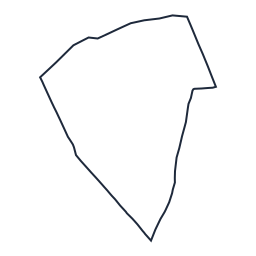 Santa Catarina Ticuá, Oaxaca, Mexico (orthographic projection)
{"feature_id": "50627088B91995558537329", "entity_name": "Santa Catarina Ticuá", "entity_type": "district", "adm_level": 2, "iso_a3": "MEX", "parent_name": "Mexico", "parent_adm1": "Oaxaca", "projection": "orthographic", "projection_center": [-97.534, 17.055], "detail": "fine", "context": "isolated", "style": "outline", "palette": "slate", "viewbox_px": 256, "rotation_deg": 0, "n_neighbors": 0, "source": "geoboundaries", "source_scale": "gbopen_adm2", "svg_char_len": 1129}
<svg xmlns="http://www.w3.org/2000/svg" viewBox="0 0 256 256"><path d="M215.9,86.8L212.0,77.0L207.9,66.5L205.4,60.4L205.1,59.7L202.9,54.3L198.5,44.3L193.0,30.9L190.5,24.9L187.0,16.7L172.5,15.4L159.4,18.5L144.2,20.3L134.1,22.5L130.8,23.2L123.1,26.7L116.8,29.6L110.0,32.8L97.7,38.5L88.6,37.5L82.7,40.5L73.4,45.3L56.5,62.0L48.6,69.4L40.1,77.3L42.3,81.7L43.7,84.9L47.4,93.0L50.2,99.1L51.3,101.5L52.0,103.0L53.4,105.9L53.7,106.6L56.5,112.2L58.6,116.7L60.0,119.6L64.2,128.7L67.9,136.8L69.5,139.2L71.5,142.3L72.9,144.5L74.0,147.4L76.0,155.1L80.8,160.9L83.5,163.9L91.1,172.4L96.7,178.5L101.6,184.0L104.3,187.1L107.0,190.1L110.1,193.8L112.1,196.1L115.1,199.3L120.1,205.5L125.8,211.7L126.9,213.3L132.4,218.7L137.4,224.3L142.6,230.9L144.1,232.6L145.2,234.1L150.3,239.8L151.0,240.6L155.4,229.5L160.5,218.9L164.6,212.0L165.6,210.0L169.2,202.2L172.1,193.2L172.8,189.6L174.9,182.5L174.8,178.1L175.0,171.2L176.6,157.5L179.3,148.1L181.0,140.8L182.0,136.4L184.8,126.2L185.9,122.1L187.9,107.8L188.5,103.9L190.9,98.0L192.5,90.6L193.4,89.2L194.4,88.8L201.4,88.5L207.9,88.0L212.7,87.7L215.9,86.8Z" fill="none" stroke="#1e293b" stroke-width="2"/></svg>